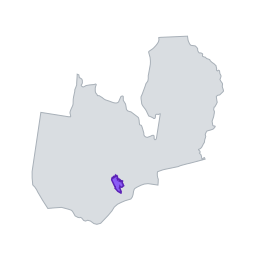 location of Mazabuka, Southern, Zambia, rotated 9°
{"feature_id": "96606910B8169685936662", "entity_name": "Mazabuka", "entity_type": "district", "adm_level": 2, "iso_a3": "ZMB", "parent_name": "Zambia", "parent_adm1": "Southern", "projection": "equal_earth", "projection_center": [27.75, -15.894], "detail": "fine", "context": "in_parent", "style": "filled", "palette": "violet", "viewbox_px": 256, "rotation_deg": 9, "n_neighbors": 0, "source": "geoboundaries", "source_scale": "gbopen_adm2", "svg_char_len": 6001}
<svg xmlns="http://www.w3.org/2000/svg" viewBox="0 0 256 256"><g transform="rotate(9 128 128)"><path d="M166.5,179.7L156.5,179.8L152.9,180.8L149.9,182.4L146.3,184.9L144.2,186.7L143.7,187.7L143.4,189.8L143.4,193.1L143.0,195.5L141.9,197.7L136.5,200.3L133.0,202.5L129.5,205.0L126.8,208.3L125.1,212.4L122.1,217.4L115.9,226.4L112.3,228.0L109.2,227.7L105.6,225.8L102.7,225.4L100.5,226.6L98.6,226.2L96.7,224.4L95.2,223.7L94.0,224.2L92.4,224.1L89.5,223.1L87.0,219.9L85.6,218.5L84.6,218.0L81.6,217.5L74.8,216.8L67.7,218.4L61.4,220.0L55.0,212.8L48.8,205.3L47.5,203.4L45.1,200.8L43.4,199.6L42.8,199.0L41.1,192.2L40.1,186.0L39.5,126.2L67.7,126.2L69.5,125.9L69.6,125.3L68.3,122.1L68.3,120.9L68.7,118.7L69.9,114.4L70.0,112.9L69.4,108.2L69.4,105.5L69.7,100.2L69.5,98.4L70.1,96.0L70.4,94.3L70.6,93.7L70.3,91.8L69.7,85.4L69.4,82.8L71.1,83.2L71.6,84.5L72.0,85.9L72.7,86.0L74.7,86.9L75.4,88.0L75.9,90.6L75.6,91.9L75.0,93.0L75.6,93.9L77.0,94.5L77.8,94.3L80.0,92.6L82.1,91.9L83.2,91.5L87.9,90.3L88.8,89.7L89.4,89.7L89.9,90.2L89.5,92.0L89.4,93.7L89.9,96.7L90.4,98.1L91.4,99.1L92.1,99.7L92.8,100.8L94.5,100.6L98.0,102.1L99.1,102.8L100.6,103.5L101.7,103.8L105.4,104.4L109.3,105.2L111.3,105.3L112.7,105.1L113.7,104.6L114.3,104.1L114.6,103.7L116.1,98.0L116.8,97.5L117.8,97.2L118.4,97.7L119.0,101.4L121.8,104.7L122.8,107.4L123.5,109.8L124.1,110.4L125.2,111.2L126.9,111.5L128.4,111.6L135.9,115.6L136.8,116.3L137.7,118.5L138.3,120.9L138.9,122.8L139.8,123.2L140.7,123.3L141.6,124.6L142.2,125.8L144.4,130.5L144.8,132.4L145.8,133.6L147.3,134.2L148.7,134.2L149.5,133.7L151.4,132.7L152.9,131.6L154.0,131.2L154.7,131.4L155.1,132.2L155.5,134.6L156.5,135.4L157.3,135.0L157.6,134.1L157.7,133.7L157.7,109.0L157.0,109.1L156.1,109.8L154.1,109.9L153.4,110.4L153.1,111.2L153.3,112.3L153.3,113.6L153.0,114.3L152.1,114.6L150.9,114.0L148.6,113.3L146.6,112.9L145.3,111.0L143.4,108.2L142.2,106.8L139.2,103.9L138.7,103.3L137.8,102.0L137.1,99.6L136.3,97.0L136.0,95.2L136.7,92.6L138.4,84.0L138.8,81.4L140.2,78.6L140.3,76.2L139.8,73.1L139.9,71.4L140.1,61.5L139.7,58.4L138.8,54.9L136.6,50.1L136.6,49.1L139.9,46.0L140.9,44.8L142.6,42.3L143.8,40.1L144.5,38.4L144.8,36.1L144.2,33.9L145.4,33.5L172.4,28.0L172.8,29.4L173.6,31.9L174.6,33.7L175.7,35.3L176.7,36.2L177.4,36.5L181.5,36.4L183.0,37.4L184.3,38.6L184.7,40.5L185.5,41.7L186.4,42.6L186.8,42.7L187.5,42.5L188.6,42.5L189.7,42.9L190.2,43.3L190.2,44.9L190.5,45.6L191.9,45.9L193.4,46.0L194.7,47.1L196.2,47.3L198.0,47.7L198.8,48.8L200.6,50.0L202.9,51.1L205.3,52.8L205.4,53.4L205.8,54.4L206.2,55.1L206.3,56.2L206.5,57.2L207.1,57.5L207.6,57.6L208.1,56.8L208.8,56.8L209.5,57.3L209.8,58.5L210.3,60.0L211.2,61.1L211.8,62.1L211.6,64.0L211.2,65.7L212.5,67.4L214.1,69.0L214.5,69.8L214.6,72.1L214.9,73.0L215.9,74.9L216.5,76.3L216.4,77.0L213.4,81.0L211.6,81.6L210.8,82.4L210.3,83.2L211.5,87.1L212.1,88.6L211.6,90.5L210.4,93.6L209.8,93.9L209.7,96.3L210.1,97.2L210.7,97.9L210.9,99.5L210.8,103.5L210.0,108.1L211.3,112.1L211.8,112.5L213.6,112.5L213.9,112.9L213.5,114.0L212.2,115.8L209.8,117.1L206.5,118.6L205.8,120.1L205.3,122.2L205.7,123.4L206.1,124.1L205.9,125.9L205.6,127.9L205.7,129.4L205.6,130.7L205.1,131.4L204.5,133.4L203.8,135.4L203.2,136.4L202.4,137.3L201.0,138.1L201.0,138.5L202.5,139.5L202.9,140.1L203.1,140.6L202.4,141.6L203.1,142.2L204.0,142.7L204.8,144.1L205.7,146.6L205.8,146.9L206.1,146.9L206.6,146.7L207.5,145.6L208.2,145.3L209.0,146.7L194.9,153.0L191.6,154.3L186.7,156.5L185.1,157.3L183.8,158.2L170.8,163.1L168.7,164.0L164.1,166.5L164.0,166.9L164.0,168.1L164.4,170.4L165.2,172.6L165.9,173.8L166.3,176.9L166.5,179.7Z" fill="#d9dde1" stroke="#a8b0b8" stroke-width="1"/><path d="M130.9,181.5L130.8,181.3L130.8,181.2L130.7,181.2L130.3,181.1L130.2,181.1L130.2,181.4L130.1,181.5L129.9,181.7L129.9,181.8L129.7,182.0L129.3,182.1L129.1,181.8L129.0,181.7L129.0,181.3L128.9,181.2L128.8,181.3L128.7,181.3L128.7,181.2L128.4,181.3L128.2,181.5L128.0,181.8L127.9,181.8L127.6,181.8L127.6,181.4L127.6,181.2L127.8,181.1L128.0,181.0L128.0,180.9L128.1,180.6L127.9,180.6L127.9,180.4L128.0,180.3L128.0,180.2L127.7,180.1L127.4,180.0L127.2,180.0L126.9,179.7L126.5,180.1L126.4,180.3L126.2,180.3L126.2,180.2L126.3,180.1L126.2,180.1L125.8,180.2L125.7,180.4L125.6,180.0L125.6,179.9L125.4,179.8L125.3,179.7L125.2,179.6L125.1,179.4L125.2,179.2L125.3,179.1L125.5,178.8L125.4,178.7L125.3,178.4L125.3,178.2L125.2,178.0L125.1,177.9L124.9,177.7L124.9,177.4L124.9,177.2L124.7,177.2L124.4,177.1L124.2,177.0L124.0,176.9L123.9,176.7L124.0,176.5L124.0,176.4L123.9,176.3L123.9,176.2L123.9,176.3L123.7,176.4L123.5,176.5L123.4,176.7L123.4,176.8L123.3,177.0L123.2,177.0L123.1,176.9L123.1,177.0L123.3,177.4L123.3,177.5L123.2,177.5L122.9,177.7L122.8,177.8L122.9,178.0L122.7,178.0L122.4,177.9L122.3,178.0L122.4,178.3L122.2,178.6L122.1,178.3L121.9,178.4L121.7,178.5L121.7,178.4L121.6,178.0L121.4,178.1L121.4,178.3L121.4,178.5L121.2,178.7L121.2,178.8L121.2,179.0L121.1,179.3L121.0,179.2L120.9,179.1L120.7,179.3L120.6,179.5L120.5,179.8L120.2,179.6L120.1,179.9L120.0,180.0L120.0,181.6L120.0,181.8L124.1,187.8L124.4,187.9L124.4,188.0L124.4,187.9L124.5,187.9L124.5,188.0L124.5,188.3L124.6,188.5L124.8,188.8L124.8,189.0L124.7,189.0L124.7,189.4L124.7,189.5L124.8,189.5L125.0,189.6L125.1,189.8L125.3,189.9L125.3,190.0L125.5,190.1L125.7,190.3L125.8,190.4L125.9,190.5L126.0,190.5L127.7,192.0L128.1,192.2L131.2,193.4L131.3,193.3L131.4,193.2L131.3,192.9L131.2,192.8L131.2,192.7L131.1,192.4L131.1,192.2L131.1,191.9L131.1,191.6L130.9,191.5L131.0,191.4L130.9,191.3L130.8,191.2L130.7,191.2L130.5,190.9L130.4,190.7L130.2,190.5L130.2,190.2L130.1,189.9L130.0,189.7L129.9,189.6L129.7,189.2L129.2,188.7L128.9,188.6L129.0,188.2L129.1,187.9L129.1,187.7L129.2,187.4L129.1,187.0L129.1,186.9L129.1,186.7L129.2,186.8L129.3,186.9L129.5,187.1L129.7,187.3L129.8,187.4L130.0,187.5L130.4,187.5L130.5,187.5L130.8,187.4L131.3,187.4L131.7,186.9L132.0,186.5L132.0,186.3L132.4,186.0L132.6,185.9L132.8,185.7L131.9,184.4L131.7,184.2L131.6,183.8L131.3,183.7L131.1,183.6L131.0,183.4L130.8,182.1L130.8,181.9L130.8,181.6L130.9,181.5Z" fill="#8b5cf6" stroke="#5b21b6" stroke-width="1.5"/></g></svg>